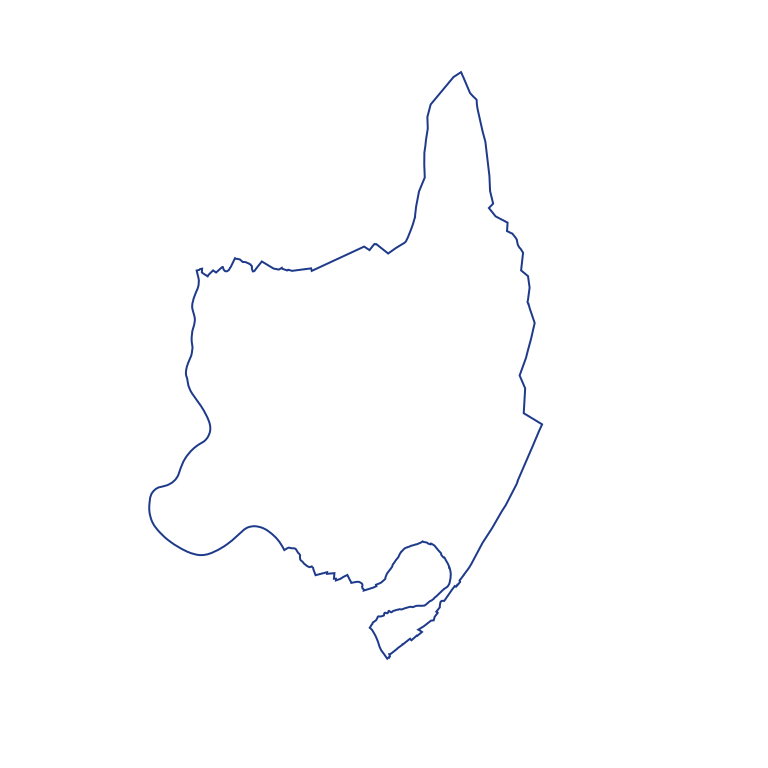 the district of Brummen, Gelderland, Netherlands, rotated 138°
{"feature_id": "6326949B17971297076651", "entity_name": "Brummen", "entity_type": "district", "adm_level": 2, "iso_a3": "NLD", "parent_name": "Netherlands", "parent_adm1": "Gelderland", "projection": "albers", "projection_center": [6.134, 52.111], "detail": "fine", "context": "isolated", "style": "outline", "palette": "blue", "viewbox_px": 768, "rotation_deg": 138, "n_neighbors": 0, "source": "geoboundaries", "source_scale": "gbopen_adm2", "svg_char_len": 6142}
<svg xmlns="http://www.w3.org/2000/svg" viewBox="0 0 768 768"><g transform="rotate(138 384 384)"><path d="M125.1,533.0L125.0,534.4L125.3,537.6L125.4,542.5L119.6,559.4L119.2,560.9L118.4,562.9L118.2,563.9L118.1,564.2L127.0,565.6L162.3,560.5L173.1,553.4L180.5,544.6L189.6,537.2L193.9,533.3L199.1,529.0L207.2,520.2L215.5,510.2L229.1,503.7L241.5,494.3L249.3,487.4L249.3,487.1L249.5,487.0L249.8,487.0L254.6,484.0L257.0,482.6L261.6,480.2L268.3,476.9L272.3,475.3L274.2,475.2L284.2,477.1L293.6,478.2L296.1,493.0L296.5,493.1L296.8,493.8L296.9,494.0L297.4,494.1L297.6,494.4L298.8,494.3L305.2,493.2L306.8,499.4L362.0,516.4L360.8,518.7L376.6,529.6L378.6,532.8L378.9,532.8L379.0,533.1L380.0,533.2L383.0,538.7L382.3,538.5L382.2,538.7L385.6,539.4L388.4,543.1L388.7,543.5L389.1,544.6L392.8,556.8L400.2,555.6L404.7,554.7L405.4,554.9L406.1,555.4L406.0,555.9L404.9,558.3L404.3,558.9L404.1,559.0L403.3,560.1L403.3,560.5L403.5,561.2L403.2,562.0L403.4,562.7L403.8,563.5L403.8,564.1L404.5,565.2L405.1,566.9L406.4,568.4L407.3,569.1L407.7,572.6L407.8,573.1L409.2,575.1L410.2,576.0L410.5,577.2L419.6,573.5L420.8,573.3L422.6,572.6L423.9,572.6L425.4,572.9L426.6,574.2L426.6,576.3L426.2,577.3L425.5,578.6L425.6,578.9L426.3,579.2L434.2,579.2L435.0,582.8L441.6,582.5L443.0,582.0L444.4,587.1L444.7,588.8L442.0,591.4L443.8,592.5L444.9,592.4L447.3,593.7L450.0,588.7L450.3,588.0L452.3,584.8L455.6,581.6L456.6,580.9L458.9,579.5L462.3,578.0L468.1,575.0L472.7,571.9L473.4,571.2L474.8,569.9L476.1,568.1L479.7,560.9L480.7,559.4L481.8,558.0L485.2,555.2L491.0,551.6L493.0,549.8L495.6,547.5L498.3,544.5L501.8,539.3L502.8,538.4L506.0,535.7L508.2,534.1L515.5,530.7L519.2,528.6L522.0,526.5L523.3,525.3L524.7,523.7L525.6,522.2L526.5,520.0L529.7,514.9L530.6,513.3L532.3,508.6L533.0,505.1L534.8,489.7L535.8,484.3L537.6,477.4L539.3,472.7L540.8,469.9L541.8,468.4L543.2,466.8L544.2,465.8L546.3,464.3L548.7,463.1L551.2,462.2L554.2,461.8L556.5,461.8L561.8,462.9L565.0,463.3L567.9,463.5L572.4,463.4L578.4,462.5L581.2,461.8L585.0,460.6L591.5,457.5L596.1,454.9L598.4,453.7L601.2,452.9L603.2,452.5L607.5,452.5L611.5,453.4L613.2,454.0L616.6,455.7L621.0,458.1L624.0,458.7L626.9,458.7L630.3,458.0L633.7,456.1L636.6,453.6L639.5,451.0L642.3,448.0L644.6,444.9L646.5,441.4L647.7,438.9L648.4,436.9L648.9,435.1L649.5,432.4L649.8,428.7L649.9,426.5L649.9,424.1L649.7,419.7L649.4,416.0L648.9,412.7L648.1,408.7L647.2,404.8L644.8,397.1L642.5,391.2L640.6,387.4L637.6,382.7L635.4,380.1L632.6,377.7L629.1,375.5L625.1,373.8L618.2,371.7L611.2,370.3L607.8,369.9L601.9,369.4L585.1,369.4L581.9,368.8L579.7,367.9L577.8,366.8L575.7,365.3L573.8,363.3L571.6,360.2L570.5,358.2L569.7,356.3L568.9,354.1L568.5,352.4L567.6,347.6L567.1,342.0L567.2,339.1L567.4,336.2L568.3,331.0L569.2,327.3L565.5,326.6L564.4,326.2L564.0,325.8L562.6,323.8L561.2,322.5L560.4,321.5L560.2,321.1L560.0,320.3L560.3,318.6L560.8,316.1L560.6,314.5L560.9,313.0L561.1,312.6L562.1,311.9L563.6,309.8L563.8,308.6L563.5,306.7L563.6,303.7L563.4,302.9L563.2,301.3L562.6,299.1L561.8,297.6L559.8,296.8L559.9,296.3L559.7,294.8L559.9,294.4L560.5,293.5L560.8,292.8L562.8,287.7L552.4,282.3L552.2,282.2L553.4,281.1L547.4,276.6L551.5,272.8L550.0,271.5L551.2,270.2L546.8,268.4L543.2,267.8L539.0,266.6L540.6,260.8L540.8,259.6L541.4,258.1L537.5,255.8L536.5,255.1L535.1,253.9L534.9,253.5L534.4,252.2L534.0,250.9L534.1,249.8L534.4,249.2L535.1,248.4L536.0,248.0L536.3,247.2L536.8,246.3L536.5,245.3L536.5,244.5L537.2,244.0L528.5,240.0L524.9,238.8L524.3,240.2L520.6,238.8L518.7,238.3L513.6,238.3L512.1,239.4L508.7,241.1L500.8,242.6L499.6,243.1L498.1,244.1L497.1,244.1L492.7,245.2L489.3,245.7L486.3,247.0L483.7,247.8L483.1,247.8L483.1,247.7L480.1,248.0L477.9,247.9L476.4,247.2L475.1,246.8L474.5,246.4L473.2,245.9L472.2,245.7L470.0,244.5L468.1,243.7L467.0,243.0L462.8,241.5L460.6,241.2L460.3,240.1L458.4,237.8L458.1,237.0L458.1,236.1L457.3,234.7L456.7,233.7L455.9,234.0L455.6,233.5L454.6,230.2L454.9,224.4L454.9,221.9L454.8,220.5L455.1,219.6L455.3,219.2L455.7,218.9L455.8,218.5L455.9,215.4L455.8,215.1L455.2,214.8L455.2,214.5L456.1,211.1L456.6,208.4L457.5,205.5L458.0,204.3L458.4,204.2L458.7,203.7L458.4,203.2L459.5,201.1L460.5,199.5L461.8,197.8L464.5,195.2L468.1,192.5L469.3,191.8L470.4,191.4L472.5,190.9L476.8,191.5L478.3,191.5L487.6,191.2L489.4,191.4L490.8,191.1L491.8,191.2L493.5,191.3L495.3,191.9L500.2,192.0L502.1,192.2L504.2,193.8L506.6,196.0L508.3,197.4L509.5,198.0L511.5,198.7L512.1,199.1L512.3,199.3L513.1,200.5L514.3,201.3L518.6,203.4L521.7,204.6L523.3,206.4L524.3,206.7L525.0,207.3L525.7,207.6L529.1,209.2L530.7,209.3L531.3,209.5L531.5,209.6L531.8,210.5L532.0,211.7L532.1,212.0L532.3,212.2L534.2,211.4L534.8,211.4L535.1,211.5L536.1,213.1L536.4,213.4L536.7,213.5L537.7,213.1L538.7,212.2L539.2,212.1L541.4,213.1L542.7,214.0L543.4,214.9L544.1,215.2L544.4,215.2L545.6,214.5L547.8,213.8L548.5,213.8L552.0,214.2L553.1,213.5L554.1,213.4L557.7,212.4L557.5,211.3L557.4,209.8L557.5,208.7L558.5,203.9L559.1,201.6L560.9,196.6L563.1,191.8L564.2,188.3L564.3,187.7L564.6,184.1L565.4,177.7L563.2,177.7L563.2,177.3L561.7,177.7L560.9,179.7L559.8,179.0L559.0,178.9L551.5,178.4L550.3,178.5L543.8,177.8L543.8,178.0L543.3,177.8L535.1,177.3L535.1,175.2L527.9,175.1L527.8,174.6L521.7,174.3L522.3,176.9L522.9,178.5L516.3,177.3L507.4,176.7L505.2,175.1L502.1,177.1L497.2,178.0L497.1,178.5L497.5,179.8L491.9,180.7L491.3,181.5L489.4,183.1L487.6,184.3L486.1,184.2L484.4,182.5L470.8,185.7L466.6,186.5L466.2,185.2L464.0,185.7L464.0,185.3L459.8,186.0L459.6,186.5L459.5,187.3L459.3,187.5L458.4,187.7L458.1,187.6L452.4,188.7L452.4,188.8L444.8,190.3L442.9,190.8L439.6,191.8L417.1,200.0L400.0,204.6L381.6,210.6L374.6,212.5L352.1,221.0L349.7,222.3L349.7,222.5L315.4,238.2L299.6,245.6L293.5,248.2L299.7,268.8L282.0,286.3L277.5,299.6L261.0,308.4L254.1,313.0L244.6,319.1L231.2,328.5L225.2,342.5L223.2,346.5L223.4,346.5L222.5,348.9L220.8,350.1L211.3,358.2L204.8,367.8L206.1,376.7L192.8,388.5L192.0,393.1L192.1,395.0L191.4,397.9L189.3,401.6L188.8,402.1L188.3,404.7L188.0,410.0L188.6,411.1L189.9,414.5L190.3,415.3L184.2,421.2L188.9,433.9L188.3,444.6L182.2,445.0L176.0,456.5L166.5,468.0L146.5,496.3L141.9,505.4L130.5,525.7L127.7,529.9L126.2,531.7L125.1,533.0Z" fill="none" stroke="#1e3a8a" stroke-width="2"/></g></svg>